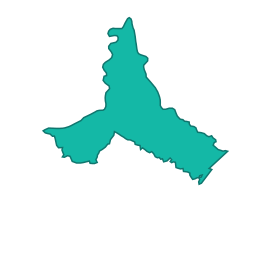 outline of Formosa do Oeste, Paraná, Brazil, rotated 322°
{"feature_id": "56859067B90893181412496", "entity_name": "Formosa do Oeste", "entity_type": "district", "adm_level": 2, "iso_a3": "BRA", "parent_name": "Brazil", "parent_adm1": "Paraná", "projection": "albers", "projection_center": [-53.335, -24.297], "detail": "fine", "context": "isolated", "style": "filled", "palette": "teal", "viewbox_px": 256, "rotation_deg": 322, "n_neighbors": 0, "source": "geoboundaries", "source_scale": "gbopen_adm2", "svg_char_len": 2701}
<svg xmlns="http://www.w3.org/2000/svg" viewBox="0 0 256 256"><g transform="rotate(322 128 128)"><path d="M59.4,78.0L59.8,80.9L61.2,82.8L62.9,84.8L63.4,88.0L65.0,89.1L64.2,91.3L61.1,97.7L61.1,100.8L64.4,103.1L62.4,104.7L61.6,107.3L61.0,109.5L58.5,110.4L59.9,111.9L63.3,112.6L64.9,114.6L63.5,120.0L65.9,123.9L69.0,126.3L71.5,127.7L75.1,129.3L77.2,130.3L76.4,132.5L77.9,133.9L79.6,135.3L82.5,136.2L83.2,133.2L85.9,131.9L87.4,130.4L89.2,129.9L91.4,128.6L94.2,129.0L96.0,129.1L98.5,129.1L102.0,128.2L103.7,129.0L107.0,126.4L109.1,125.8L112.3,125.0L115.1,122.5L116.2,124.9L117.1,127.4L117.9,130.0L119.0,132.7L119.5,134.8L120.5,137.1L122.5,138.8L123.6,141.0L124.7,143.1L123.6,145.3L125.2,147.6L126.7,149.2L124.7,152.7L127.2,152.6L128.1,155.6L128.6,158.2L129.9,160.8L132.1,161.2L132.4,164.1L131.8,167.4L132.8,169.5L134.5,170.5L134.6,172.8L136.2,173.5L135.3,176.6L138.6,178.0L142.7,177.6L142.9,179.8L140.6,180.4L141.1,182.2L142.9,182.6L144.2,184.2L141.5,188.7L142.5,190.3L144.2,192.6L146.4,193.8L145.0,196.4L147.8,199.2L149.0,201.6L147.8,203.1L147.5,205.0L147.3,208.3L149.5,209.3L151.7,209.7L153.4,210.8L152.7,212.8L150.5,214.0L149.4,216.1L151.9,216.7L168.5,212.3L167.0,209.8L192.2,207.7L190.8,205.8L188.6,204.7L187.5,203.0L185.7,200.4L185.1,196.9L184.5,194.0L187.1,192.5L188.9,193.0L189.8,191.3L188.9,188.2L189.1,185.6L186.4,184.7L185.3,182.7L184.7,179.4L182.6,176.5L180.3,174.3L180.8,172.0L181.6,169.6L180.8,167.4L178.6,165.0L178.8,162.5L179.9,161.0L178.2,158.9L176.7,157.5L176.4,155.2L174.6,153.3L174.3,150.8L174.2,148.8L175.0,145.8L176.1,142.3L175.2,139.8L172.7,137.8L169.3,136.5L167.1,134.8L166.9,132.3L167.3,130.1L169.3,127.6L170.6,125.8L171.9,123.1L172.7,120.8L173.6,117.9L174.0,115.1L174.3,113.1L174.1,106.4L173.7,99.0L175.4,96.6L176.7,92.0L177.9,89.5L179.2,88.1L181.5,87.8L184.8,87.2L186.5,85.2L186.1,82.6L182.9,77.8L182.1,75.9L182.3,74.0L183.5,71.4L186.1,67.0L187.3,64.7L190.0,60.3L193.0,54.7L193.6,52.2L195.3,48.4L196.7,46.2L197.5,43.9L196.9,41.8L195.0,41.6L190.6,43.4L186.8,45.3L184.4,45.9L179.1,41.7L177.6,40.2L174.8,39.3L172.4,39.8L170.3,41.3L169.8,44.4L174.2,46.7L176.1,48.4L176.0,50.6L174.1,52.6L171.3,53.0L166.5,50.8L163.1,51.7L161.7,53.6L161.7,57.7L161.1,60.6L158.5,62.5L155.3,62.8L150.6,62.3L147.8,62.7L145.5,64.5L144.8,67.8L144.9,71.3L143.4,73.5L141.0,72.5L137.7,75.2L137.7,78.7L139.0,83.3L137.7,85.7L134.8,86.2L132.4,86.6L130.1,88.6L128.6,90.2L126.8,92.8L125.5,95.4L123.7,97.5L121.0,98.8L119.3,98.6L116.2,96.4L114.1,95.4L111.8,95.1L106.7,94.2L99.5,92.6L95.5,93.2L88.5,91.8L84.5,91.1L82.1,90.5L78.2,89.0L76.4,88.0L73.4,85.9L71.5,84.4L65.4,79.2L61.3,78.2L59.4,78.0ZM153.4,210.8L155.1,209.7L157.5,210.7L155.6,211.8L153.4,210.8Z" fill="#14b8a6" stroke="#0f766e" stroke-width="1.5"/></g></svg>